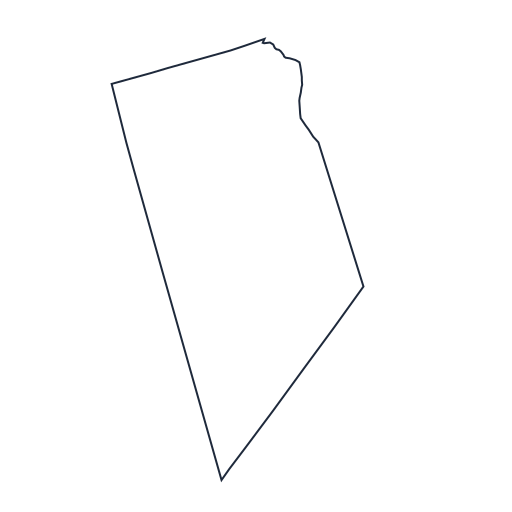 outline of Iférouane, Agadez, Niger, rotated 165°
{"feature_id": "23599985B42361363165505", "entity_name": "Iférouane", "entity_type": "district", "adm_level": 2, "iso_a3": "NER", "parent_name": "Niger", "parent_adm1": "Agadez", "projection": "equal_earth", "projection_center": [8.793, 20.451], "detail": "fine", "context": "isolated", "style": "outline", "palette": "slate", "viewbox_px": 512, "rotation_deg": 165, "n_neighbors": 0, "source": "geoboundaries", "source_scale": "gbopen_adm2", "svg_char_len": 739}
<svg xmlns="http://www.w3.org/2000/svg" viewBox="0 0 512 512"><g transform="rotate(165 256 256)"><path d="M191.6,463.5L212.4,462.0L227.4,461.1L262.5,460.7L292.3,460.4L310.4,459.9L350.9,459.6L351.9,398.9L351.7,372.7L350.4,264.4L347.3,48.5L336.9,57.2L315.3,74.0L280.0,101.8L238.7,135.1L198.8,167.0L160.1,198.7L166.3,349.6L169.9,356.5L172.4,364.4L174.3,369.2L177.2,377.5L176.6,381.8L175.5,387.2L174.0,394.8L172.9,397.5L170.5,402.1L168.5,406.9L167.1,409.4L166.3,413.7L165.4,417.1L164.4,424.6L164.0,428.8L163.9,431.9L167.2,435.1L172.2,438.2L176.1,439.9L177.2,441.4L177.4,443.2L179.1,447.3L180.5,449.2L182.8,450.4L184.0,452.2L184.6,455.8L187.3,458.6L193.1,459.4L194.3,460.2L191.6,463.5Z" fill="none" stroke="#1e293b" stroke-width="2"/></g></svg>